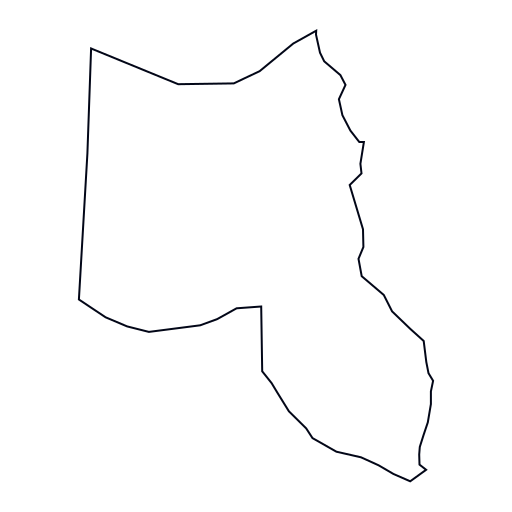 outline of Amiantos, Limassol, Cyprus
{"feature_id": "46923920B1926327299248", "entity_name": "Amiantos", "entity_type": "district", "adm_level": 2, "iso_a3": "CYP", "parent_name": "Cyprus", "parent_adm1": "Limassol", "projection": "orthographic", "projection_center": [32.932, 34.921], "detail": "fine", "context": "isolated", "style": "outline", "palette": "ink", "viewbox_px": 512, "rotation_deg": 0, "n_neighbors": 0, "source": "geoboundaries", "source_scale": "gbopen_adm2", "svg_char_len": 865}
<svg xmlns="http://www.w3.org/2000/svg" viewBox="0 0 512 512"><path d="M293.3,43.5L259.6,71.2L244.1,78.5L233.8,83.4L178.2,84.2L91.1,48.5L87.4,153.5L78.9,299.5L105.6,317.3L127.1,326.4L148.9,331.9L200.2,325.3L217.2,319.1L236.6,308.3L261.2,306.5L262.2,371.3L271.6,383.1L276.9,391.9L288.9,411.3L306.2,428.4L312.5,438.1L336.4,451.7L361.0,457.3L378.6,465.3L393.5,474.0L410.2,481.3L426.1,469.8L419.5,464.6L419.2,454.5L419.8,446.9L423.6,434.9L427.8,422.4L430.9,404.1L430.9,391.4L433.1,380.8L428.5,373.2L426.3,362.0L423.7,341.0L410.2,328.8L392.1,311.4L383.8,295.0L361.7,276.2L358.5,258.8L363.4,247.0L363.0,229.3L349.7,185.0L361.5,173.4L360.4,163.8L362.4,151.3L363.9,142.0L359.3,142.0L357.4,139.6L350.4,130.6L342.4,115.2L338.9,99.2L345.5,84.9L340.4,75.1L326.3,63.1L324.2,61.3L320.0,52.7L316.0,34.6L316.2,30.7L293.3,43.5Z" fill="none" stroke="#020617" stroke-width="2"/></svg>